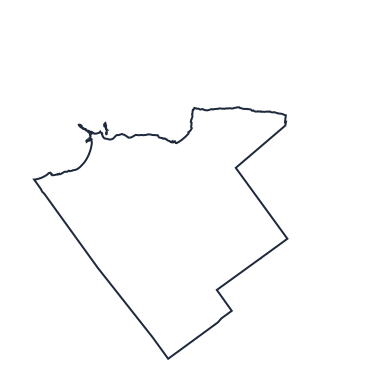 outline of Copper Coast, South Australia, Australia, rotated 54°
{"feature_id": "25037944B48925496758456", "entity_name": "Copper Coast", "entity_type": "district", "adm_level": 2, "iso_a3": "AUS", "parent_name": "Australia", "parent_adm1": "South Australia", "projection": "equal_earth", "projection_center": [137.591, -33.943], "detail": "fine", "context": "isolated", "style": "outline", "palette": "slate", "viewbox_px": 384, "rotation_deg": 54, "n_neighbors": 0, "source": "geoboundaries", "source_scale": "gbopen_adm2", "svg_char_len": 5719}
<svg xmlns="http://www.w3.org/2000/svg" viewBox="0 0 384 384"><g transform="rotate(54 192 192)"><path d="M185.1,71.0L184.1,71.9L182.4,72.8L181.8,73.2L180.1,74.9L179.1,76.2L178.2,76.6L177.3,77.4L175.7,78.6L175.0,80.0L174.7,80.4L173.9,81.1L173.0,81.4L172.9,81.8L172.3,82.2L172.2,82.4L172.2,82.7L171.8,83.0L171.7,83.4L171.1,83.9L169.7,86.4L168.5,87.7L168.2,88.4L167.9,88.7L167.2,88.9L167.1,89.6L166.8,89.8L166.3,90.6L165.5,91.1L165.3,91.8L164.6,93.0L163.4,94.0L162.3,94.3L162.1,94.5L161.8,95.4L161.5,95.7L160.2,95.8L159.1,96.6L158.0,97.8L157.6,98.2L157.5,98.5L156.9,98.9L156.6,99.5L156.1,100.0L155.2,101.4L154.7,101.7L153.6,102.7L153.0,103.0L152.4,103.6L152.0,103.9L151.5,103.9L151.1,104.1L150.8,104.8L150.2,105.4L149.9,106.3L149.0,108.0L148.7,109.2L148.4,109.9L148.0,110.3L147.7,110.9L147.3,111.3L147.2,111.5L146.6,112.0L145.8,113.3L145.6,113.9L144.7,114.8L144.3,115.5L143.9,116.7L143.1,117.4L142.8,118.1L142.5,118.5L140.7,120.3L140.3,121.2L140.2,121.8L139.4,122.8L139.1,123.6L138.7,124.1L138.0,125.3L137.5,126.7L137.3,126.9L136.8,127.0L136.6,127.3L136.1,128.3L135.7,129.9L134.9,131.8L134.0,132.5L133.6,133.2L132.8,133.9L132.4,134.1L131.7,134.3L131.0,134.8L130.5,136.2L130.1,136.8L129.8,137.1L128.8,137.5L128.4,137.8L127.5,139.1L127.0,139.3L126.4,140.0L125.7,140.3L125.5,140.5L125.9,140.7L125.9,140.9L126.0,142.2L126.0,142.4L125.9,142.7L125.9,142.9L126.3,143.1L126.6,143.1L127.0,144.1L127.6,144.6L128.6,145.3L128.8,145.5L128.9,145.9L129.1,146.2L129.9,146.6L130.9,147.0L131.8,148.0L132.2,148.8L133.0,149.7L133.1,150.3L133.8,150.8L134.2,151.5L134.5,151.7L134.9,151.8L135.2,151.8L135.5,151.6L135.8,151.6L136.2,152.2L136.6,152.5L137.3,152.8L138.0,153.7L138.3,153.9L138.7,154.4L139.6,154.7L140.2,154.6L140.3,154.7L141.2,156.7L141.5,158.0L141.7,159.0L141.5,159.8L142.1,159.9L142.4,160.1L142.6,160.4L143.0,162.1L143.4,164.6L143.8,168.9L143.8,170.9L143.7,173.3L143.5,174.8L143.4,175.6L143.2,176.1L142.9,176.3L141.0,176.0L140.9,176.3L141.6,176.4L141.1,177.0L141.1,177.6L140.5,177.9L140.3,178.4L140.2,179.0L139.6,179.1L139.5,178.8L139.3,178.5L139.2,178.9L139.3,179.6L139.1,179.9L137.7,180.2L136.3,181.2L134.2,182.0L134.1,181.8L133.0,182.4L132.9,182.5L133.1,182.6L131.7,184.2L131.5,184.3L131.0,184.2L130.7,184.4L130.0,185.3L128.6,186.5L128.1,186.7L127.7,186.7L127.2,186.5L126.3,186.3L126.0,186.4L125.5,186.9L124.8,188.0L124.2,188.4L123.7,189.2L122.6,190.5L121.8,191.2L121.2,191.6L120.8,192.2L120.0,193.0L119.7,193.7L119.1,194.5L118.8,195.7L117.3,198.2L116.5,198.9L116.2,199.5L115.8,199.9L114.9,201.6L114.0,202.5L112.7,204.1L112.6,204.6L112.2,208.7L111.5,210.3L111.0,211.1L110.6,211.5L110.1,211.5L109.5,211.9L108.1,212.2L106.9,212.8L106.1,213.0L104.8,214.1L104.3,214.3L103.9,214.6L102.9,217.7L102.8,218.0L102.3,218.5L101.7,219.5L101.7,220.1L101.9,220.9L101.9,221.5L102.3,223.4L102.4,224.3L102.3,225.4L102.2,225.8L101.6,227.0L101.0,228.0L100.4,228.4L98.0,230.4L97.9,230.7L97.2,231.3L96.6,231.5L95.3,231.4L94.9,231.6L94.5,231.6L94.0,231.2L92.3,231.0L92.1,230.8L92.3,230.7L91.8,230.2L91.0,230.3L90.1,230.9L89.2,230.8L89.5,231.7L89.5,232.1L88.9,234.1L88.2,235.6L87.6,236.5L87.3,236.8L87.1,236.7L86.7,236.9L86.3,237.0L85.9,237.3L85.2,237.6L84.5,237.7L83.7,238.6L83.4,239.1L82.7,239.5L82.9,239.6L82.4,240.2L82.6,240.4L83.0,240.6L83.9,240.1L84.7,240.3L85.1,239.9L85.2,239.5L84.2,239.9L83.7,239.7L83.4,239.9L83.3,240.0L83.3,239.9L84.0,239.3L84.2,238.7L84.5,238.4L85.2,238.5L85.5,238.2L85.8,238.0L85.5,238.5L85.6,238.8L85.9,239.2L85.8,239.4L85.5,239.4L85.7,239.8L85.3,240.0L86.0,240.4L86.2,240.6L86.3,240.7L86.2,240.8L85.4,240.9L85.1,241.0L85.9,241.1L86.7,241.0L87.6,241.5L87.9,242.0L87.8,242.9L87.9,243.0L88.1,243.0L88.3,242.7L88.8,243.1L89.0,243.2L89.3,243.0L89.2,242.9L89.3,242.7L89.8,242.5L90.1,242.2L90.4,242.2L90.5,242.4L90.6,242.7L90.4,243.3L90.5,243.8L90.7,243.3L91.0,243.1L91.6,243.2L92.7,243.7L94.5,245.1L95.5,246.3L97.1,247.9L99.3,250.8L100.8,253.1L101.4,254.0L103.3,257.8L103.9,259.2L104.5,260.8L105.1,263.1L106.0,268.0L106.1,270.8L105.9,272.0L105.4,273.7L104.4,275.6L104.3,276.6L103.8,277.4L103.5,278.5L102.3,279.2L102.2,281.3L101.6,281.9L100.8,283.1L100.2,288.1L100.0,288.4L99.3,288.5L99.2,289.7L99.0,290.5L98.7,290.8L98.4,290.6L98.0,292.0L97.5,293.1L96.7,294.7L96.5,294.9L96.1,295.4L95.4,295.5L95.1,295.5L94.7,294.9L94.3,295.0L93.7,295.5L93.3,295.3L93.1,295.3L92.6,296.4L92.5,297.2L92.8,298.3L92.8,299.5L92.6,302.1L91.9,306.0L90.8,309.1L90.1,310.8L89.1,312.4L100.9,312.5L102.1,312.8L103.9,313.0L106.6,312.5L126.4,312.6L198.3,312.8L285.9,309.3L312.9,309.3L312.7,247.6L311.5,242.4L311.5,229.7L285.8,229.5L285.9,175.1L286.1,175.0L285.9,174.3L285.9,142.3L198.2,142.4L193.1,77.5L190.5,74.7L190.1,75.7L185.1,71.0ZM71.1,243.9L71.7,243.9L72.1,244.0L72.7,243.7L72.9,243.8L72.9,244.0L72.7,244.2L73.1,244.2L73.6,243.8L73.9,243.8L74.3,243.9L75.5,243.2L76.4,243.2L76.5,242.8L76.8,242.8L77.6,242.5L78.9,241.4L79.3,241.5L79.3,241.4L78.9,241.0L78.6,241.0L78.1,241.4L77.6,242.0L74.7,243.0L74.3,242.9L73.7,242.4L73.4,242.4L73.2,242.7L72.8,242.6L72.5,242.8L72.0,242.9L71.1,243.8L71.1,243.9ZM85.9,223.6L86.4,223.7L87.1,224.3L87.5,224.3L87.9,224.0L88.3,223.9L89.6,224.2L90.7,224.7L91.1,224.7L91.5,224.5L91.7,224.2L91.2,224.3L90.7,224.1L90.3,224.2L87.9,222.7L87.6,222.3L86.8,222.3L86.6,222.1L85.8,221.8L85.3,221.5L85.2,221.5L85.4,222.1L85.6,222.0L85.9,222.3L85.9,222.6L85.7,222.9L85.6,223.2L85.9,223.6ZM89.2,245.5L89.2,244.7L88.9,244.6L88.4,245.0L88.3,245.3L88.3,246.3L88.4,246.7L88.7,246.9L88.6,247.2L88.6,247.5L89.5,247.8L89.5,247.6L89.4,247.5L88.9,247.0L89.0,246.7L89.5,246.3L89.4,245.8L89.2,245.5ZM92.9,225.6L93.9,227.0L94.3,227.3L94.9,227.4L95.0,227.2L95.0,226.9L94.1,226.4L93.8,225.9L93.4,225.6L92.9,225.6ZM79.9,241.5L80.6,241.1L80.8,241.0L80.9,240.4L79.9,241.2L79.8,241.4L79.9,241.5Z" fill="none" stroke="#1e293b" stroke-width="2"/></g></svg>